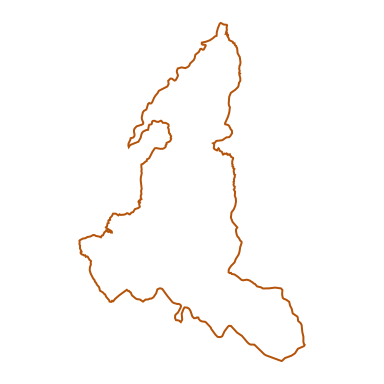 outline of Sucre, Cauca, Colombia
{"feature_id": "7082276B47769001538338", "entity_name": "Sucre", "entity_type": "district", "adm_level": 2, "iso_a3": "COL", "parent_name": "Colombia", "parent_adm1": "Cauca", "projection": "natural_earth1", "projection_center": [-76.921, 2.071], "detail": "fine", "context": "isolated", "style": "outline", "palette": "amber", "viewbox_px": 384, "rotation_deg": 0, "n_neighbors": 0, "source": "geoboundaries", "source_scale": "gbopen_adm2", "svg_char_len": 5983}
<svg xmlns="http://www.w3.org/2000/svg" viewBox="0 0 384 384"><path d="M304.6,344.9L304.3,344.8L303.4,342.2L303.4,336.7L302.3,332.0L301.6,324.9L300.6,323.1L298.1,320.9L297.8,317.8L297.4,316.6L292.7,313.4L291.7,308.7L290.1,305.7L289.2,301.8L286.2,299.7L283.6,298.7L282.7,297.7L282.1,294.2L282.4,290.0L281.0,288.4L275.1,287.6L269.5,288.3L263.0,288.5L260.9,287.3L257.1,286.4L254.9,283.9L253.7,283.5L252.8,282.5L249.2,280.3L246.9,279.7L243.1,280.3L241.6,280.0L238.2,277.0L234.4,274.4L231.8,274.0L231.0,272.9L229.7,273.1L228.6,272.3L228.7,270.0L229.2,268.6L231.2,265.8L234.6,262.3L235.8,259.0L238.6,254.6L239.5,251.7L240.2,247.1L241.6,243.0L241.5,241.7L240.1,240.4L239.0,238.1L237.6,236.6L236.7,234.7L236.0,231.1L236.1,229.3L237.3,227.4L232.6,222.0L230.9,217.6L231.5,212.4L233.8,209.3L235.3,205.6L236.0,201.5L235.8,198.5L234.8,195.6L235.1,191.8L233.8,189.5L234.5,188.6L234.8,186.7L233.8,185.7L233.5,184.5L233.9,183.3L233.5,181.9L234.1,181.2L233.9,179.2L234.8,176.9L234.7,175.5L235.1,174.9L234.2,174.2L233.7,171.2L233.7,170.3L234.4,169.0L233.3,168.3L233.3,166.9L232.4,166.3L232.7,164.7L232.2,164.1L232.2,162.3L232.4,160.4L233.1,158.8L233.0,157.8L231.2,157.0L230.9,156.1L230.1,155.4L229.8,154.3L228.9,154.8L228.4,154.4L227.5,154.7L227.1,153.7L226.6,153.4L225.8,153.9L224.5,153.6L223.5,154.5L222.9,154.5L222.1,152.2L221.6,151.7L219.7,150.8L219.0,148.8L218.5,148.3L217.0,150.4L214.6,149.2L213.8,148.1L214.2,144.9L213.8,143.9L213.1,143.3L215.1,142.6L215.9,141.3L216.5,140.9L222.3,140.2L226.4,137.4L229.3,137.1L230.4,135.9L232.1,133.2L231.9,130.6L230.5,129.0L230.4,128.4L229.0,125.8L227.9,124.9L225.2,124.3L225.0,123.4L228.1,116.5L229.3,112.2L229.9,107.1L229.1,105.8L228.7,103.8L229.2,96.9L230.8,92.9L235.1,89.9L237.9,87.2L238.5,85.9L239.0,82.9L240.3,80.8L240.3,78.0L239.3,74.6L240.1,73.5L239.1,72.8L239.7,71.0L239.2,68.9L239.5,65.8L240.1,65.0L240.5,62.5L239.8,57.1L237.6,53.3L237.2,49.0L236.9,47.6L236.3,47.0L236.2,45.9L235.0,45.2L234.6,43.7L234.4,43.9L234.1,43.4L233.1,42.9L232.8,41.8L229.3,40.2L228.5,37.8L227.6,36.5L228.1,35.4L228.0,34.9L227.1,35.0L227.0,34.2L225.9,33.9L227.0,32.9L226.8,32.6L226.1,32.7L226.0,32.4L226.2,31.9L226.6,31.6L226.5,30.8L226.9,30.1L226.6,27.4L227.1,25.3L226.7,24.8L223.6,24.5L221.4,23.2L220.6,23.0L219.6,23.9L217.9,28.2L216.8,32.1L216.6,35.8L214.8,36.5L213.1,38.1L210.0,40.2L206.0,41.7L201.9,42.6L201.7,43.8L202.3,44.6L205.3,44.9L205.7,45.3L205.6,46.1L203.7,49.6L202.7,49.7L201.2,48.8L200.3,49.0L198.9,51.9L195.4,54.7L194.6,58.3L193.7,60.1L190.2,63.4L189.2,65.7L187.9,66.9L185.4,68.1L181.5,67.4L177.7,68.5L176.9,70.7L176.8,71.8L178.0,75.6L177.0,77.9L175.6,80.2L174.5,80.6L172.0,78.7L170.4,78.6L168.2,80.8L168.6,84.1L167.3,86.5L158.8,90.8L157.7,93.0L155.7,95.3L154.2,97.6L152.1,102.4L151.1,103.4L150.0,103.5L149.2,103.0L148.1,103.9L146.4,109.5L144.0,110.8L142.8,112.5L141.7,117.6L142.0,119.4L143.3,122.8L143.1,123.9L141.8,124.7L136.7,126.3L134.5,128.6L134.0,130.2L133.9,131.7L134.5,133.9L134.5,135.8L133.4,137.5L130.6,138.2L130.5,139.3L128.5,143.7L128.4,145.9L128.8,147.1L129.8,145.5L130.9,144.7L138.4,141.7L140.6,137.9L141.6,133.8L142.3,132.5L143.3,131.5L146.1,130.1L148.1,129.8L148.9,125.4L149.4,124.7L150.9,124.5L151.8,123.8L152.2,121.5L152.9,120.9L154.7,120.8L156.4,121.7L158.3,121.9L160.9,120.7L161.9,121.4L162.8,122.8L165.7,122.9L167.9,124.0L168.6,124.8L168.6,126.0L168.0,127.6L168.7,129.2L169.0,132.9L169.4,133.5L169.9,133.7L170.1,134.6L171.2,136.2L170.6,137.9L171.2,138.7L170.4,140.7L169.8,141.4L166.6,142.9L166.4,143.5L166.5,144.5L165.6,145.4L165.8,146.3L165.4,147.2L163.9,148.3L162.6,148.8L160.3,148.8L156.4,148.1L154.8,148.3L152.5,151.7L149.3,158.0L148.3,158.8L147.1,159.2L146.7,161.0L145.5,161.6L143.1,163.7L141.4,164.5L141.3,166.3L141.7,169.8L141.3,171.0L141.8,172.9L140.8,177.7L140.7,180.2L141.7,189.0L141.1,190.7L141.4,194.1L140.8,195.7L140.8,197.6L141.4,199.0L140.5,199.2L140.3,200.3L139.7,200.3L139.6,200.9L138.9,200.9L138.5,201.4L138.6,202.3L139.9,202.8L139.1,204.0L139.8,206.8L138.4,208.0L135.0,209.1L133.1,212.1L131.4,212.6L129.9,214.3L129.2,214.3L127.8,213.4L127.0,213.2L125.4,214.2L123.8,214.7L120.5,214.9L119.5,214.3L118.4,215.4L115.8,213.7L113.0,213.7L112.0,215.9L110.0,218.0L110.1,219.9L108.6,220.2L108.3,221.0L108.7,222.9L107.5,223.4L107.0,226.3L105.9,227.3L106.5,228.1L111.4,231.1L111.9,231.9L111.9,232.6L110.7,232.5L109.6,231.5L108.3,232.0L106.9,230.6L106.1,230.4L105.7,231.4L104.4,232.3L103.0,235.3L101.7,235.7L100.9,237.3L98.9,236.5L96.1,236.0L94.5,235.1L93.2,235.0L90.4,236.5L87.4,237.0L85.4,238.2L82.8,238.6L79.7,240.3L79.4,240.8L79.7,242.5L79.4,244.1L80.1,245.7L80.0,248.5L81.6,251.6L81.5,252.0L80.7,252.1L80.6,252.8L81.0,253.7L82.0,254.5L83.4,254.9L84.1,255.5L85.2,255.3L85.9,256.8L86.9,256.4L87.7,256.7L89.5,259.8L91.0,261.0L90.7,262.8L90.9,264.5L89.9,267.4L89.7,270.3L90.7,273.6L93.1,278.4L94.5,280.1L95.0,281.7L96.2,283.0L96.7,284.4L99.1,287.2L100.0,290.7L103.0,292.5L104.3,294.0L105.1,294.4L106.2,296.8L109.0,300.1L109.6,301.6L111.1,301.9L112.1,300.8L112.9,301.4L113.3,301.2L115.2,298.8L119.5,295.1L126.8,289.8L128.0,290.9L129.1,291.1L130.0,292.1L130.7,292.4L132.0,295.4L135.9,298.6L136.9,299.1L139.9,299.5L143.0,301.6L145.5,299.6L148.3,299.4L149.9,298.6L151.3,298.6L152.7,297.8L153.5,297.2L156.2,293.2L157.4,289.4L159.4,288.4L160.9,288.4L162.4,289.1L167.4,296.0L172.4,302.1L173.8,303.0L177.4,304.0L178.7,303.9L180.3,304.7L181.0,305.8L180.7,307.4L178.0,312.5L175.6,314.7L175.1,315.8L175.1,318.3L176.0,320.1L178.9,320.5L180.8,322.1L182.2,319.7L181.7,313.7L183.6,308.8L184.5,307.4L187.1,307.6L189.1,308.7L190.5,311.0L192.3,316.4L194.0,318.2L195.9,318.1L197.0,317.4L198.4,317.6L198.6,318.8L200.2,320.6L201.9,321.4L205.1,321.8L206.1,322.5L210.7,327.4L211.4,329.1L215.3,334.5L217.5,336.8L219.2,337.1L220.9,336.9L222.2,336.3L224.5,331.3L228.0,326.6L229.1,325.8L231.0,326.0L237.2,332.7L241.9,335.8L247.4,342.3L248.8,343.6L250.3,344.5L254.4,344.7L264.3,354.3L266.2,355.4L281.5,361.0L282.2,360.7L284.9,358.1L291.6,355.6L295.0,353.3L297.9,348.8L303.8,346.2L304.4,345.6L304.6,344.9Z" fill="none" stroke="#b45309" stroke-width="2"/></svg>